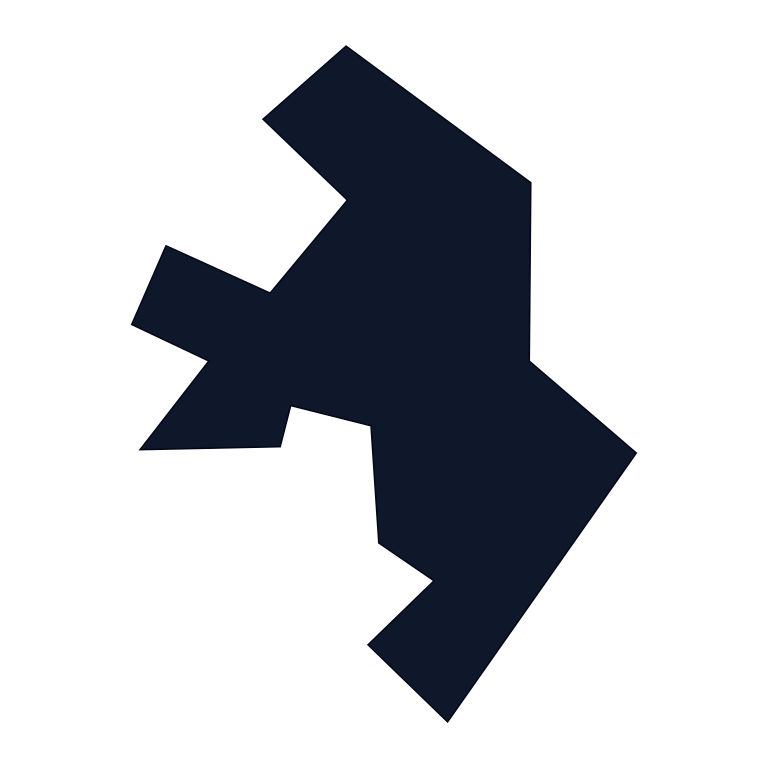 Nukus city, Karakalpakstan, Uzbekistan
{"feature_id": "79887680B72468614432552", "entity_name": "Nukus city", "entity_type": "district", "adm_level": 2, "iso_a3": "UZB", "parent_name": "Uzbekistan", "parent_adm1": "Karakalpakstan", "projection": "robinson", "projection_center": [59.568, 42.419], "detail": "fine", "context": "isolated", "style": "filled", "palette": "ink", "viewbox_px": 768, "rotation_deg": 0, "n_neighbors": 0, "source": "geoboundaries", "source_scale": "gbopen_adm2", "svg_char_len": 359}
<svg xmlns="http://www.w3.org/2000/svg" viewBox="0 0 768 768"><path d="M530.8,182.7L346.1,46.1L263.0,119.2L347.4,200.1L270.1,293.1L166.0,245.8L131.7,324.5L208.8,361.0L140.0,449.7L280.2,446.7L290.7,405.6L371.0,425.8L378.8,543.0L434.0,580.8L368.0,644.8L447.6,721.9L636.3,453.0L529.3,361.1L530.8,182.7Z" fill="#0f172a" stroke="#020617" stroke-width="1.5"/></svg>